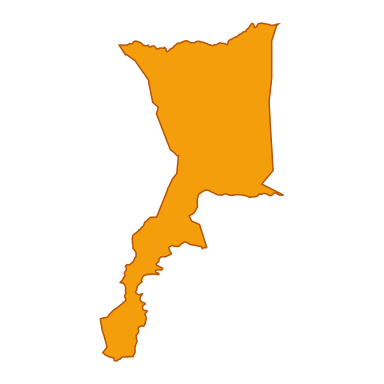 outline of San Ildefonso Sola, Oaxaca, Mexico
{"feature_id": "50627088B40141322880510", "entity_name": "San Ildefonso Sola", "entity_type": "district", "adm_level": 2, "iso_a3": "MEX", "parent_name": "Mexico", "parent_adm1": "Oaxaca", "projection": "albers", "projection_center": [-96.966, 16.576], "detail": "fine", "context": "isolated", "style": "filled", "palette": "amber", "viewbox_px": 384, "rotation_deg": 0, "n_neighbors": 0, "source": "geoboundaries", "source_scale": "gbopen_adm2", "svg_char_len": 5976}
<svg xmlns="http://www.w3.org/2000/svg" viewBox="0 0 384 384"><path d="M283.7,195.2L261.7,184.1L273.1,170.5L270.1,121.6L269.1,101.2L271.7,78.3L271.7,40.8L276.6,25.6L278.5,24.0L276.5,24.2L275.0,24.9L272.5,25.3L271.1,25.3L270.0,25.0L268.7,24.4L265.2,23.8L263.6,23.6L261.6,23.0L260.7,23.3L258.3,23.7L257.8,24.6L257.3,25.1L256.9,25.8L256.7,26.4L256.0,27.1L255.4,27.4L254.9,27.4L254.1,27.3L254.2,26.1L254.1,25.5L253.7,24.7L253.3,24.4L253.2,23.9L252.8,23.6L252.3,23.4L251.7,23.7L251.2,24.3L250.3,25.1L250.0,25.9L249.6,26.6L248.4,28.3L246.4,29.6L246.0,31.4L244.1,31.7L243.0,32.1L242.3,32.7L241.8,33.5L241.2,33.8L239.1,34.5L237.8,36.2L237.1,36.6L235.3,37.2L234.3,37.5L233.1,38.4L230.2,39.7L228.3,41.2L228.1,41.8L228.0,43.3L227.8,43.8L227.4,44.4L226.8,44.6L226.1,44.4L225.5,43.9L224.5,43.6L223.0,43.4L221.5,43.3L220.1,42.8L219.3,43.1L218.6,43.6L217.4,44.1L216.5,44.7L214.5,44.7L213.1,45.6L212.1,45.6L211.4,45.3L210.1,44.9L208.0,44.2L207.0,43.7L206.0,43.4L204.9,43.0L204.0,42.5L203.1,42.2L202.2,42.2L201.2,42.1L199.6,41.3L198.7,41.4L197.2,41.3L195.8,41.7L195.2,42.4L194.3,42.7L192.7,42.8L190.5,42.8L188.9,41.6L187.9,41.1L186.9,40.9L185.2,40.9L184.5,41.1L182.2,42.0L180.1,43.1L178.6,43.1L177.3,43.4L175.5,45.1L174.6,45.6L173.3,47.2L172.1,48.2L170.8,48.6L170.4,49.3L168.5,51.0L167.4,51.5L166.3,51.6L166.3,50.3L166.0,48.9L165.4,48.0L164.6,47.6L164.8,48.2L162.6,48.2L161.4,48.0L159.7,48.1L158.2,48.8L157.0,49.1L156.1,48.4L155.9,47.8L155.4,47.2L154.7,46.7L154.4,46.2L152.8,45.9L151.8,46.1L151.5,46.5L150.2,47.0L149.4,46.8L148.8,46.3L148.3,45.2L146.2,46.0L144.4,45.4L143.6,45.5L143.0,45.1L142.8,44.6L142.0,43.8L140.5,42.7L139.0,41.9L137.7,41.7L137.0,41.3L136.4,41.1L135.4,41.1L133.8,41.6L133.4,42.0L132.6,43.2L132.1,43.7L131.4,43.8L129.7,43.6L128.9,44.0L127.4,45.0L123.4,45.3L122.4,45.0L119.1,45.1L125.5,54.9L126.5,54.5L131.8,58.4L134.8,60.3L148.7,80.3L148.7,82.4L152.7,102.3L158.4,107.4L156.4,113.6L170.3,149.6L174.1,152.5L174.9,153.3L176.0,154.6L176.8,155.4L177.5,155.8L178.4,155.7L176.8,173.4L172.3,179.2L169.6,185.1L167.6,188.9L167.2,190.8L156.6,217.1L150.3,217.3L145.9,221.4L144.8,222.2L144.2,223.7L143.6,225.8L142.0,227.1L140.9,228.2L139.8,229.8L139.0,229.7L138.5,230.7L137.2,231.9L133.0,235.2L132.2,238.3L132.5,240.9L132.5,243.7L133.2,245.7L132.8,246.8L133.0,248.5L133.7,249.4L134.6,250.1L135.9,252.3L136.1,253.1L136.0,254.0L136.1,255.0L135.9,257.1L135.1,257.4L134.5,258.8L134.3,259.6L132.6,262.4L131.0,263.5L129.9,264.5L128.8,264.9L127.8,264.9L127.0,264.6L126.2,265.1L125.3,266.5L126.3,267.7L126.4,269.2L126.1,270.4L124.7,272.0L124.3,273.7L125.1,275.3L124.3,276.9L123.4,277.5L123.0,279.0L121.8,281.0L120.9,281.5L120.2,282.6L121.2,283.0L122.4,282.6L123.6,283.6L125.0,285.3L125.0,285.8L125.6,287.4L125.6,289.2L125.4,291.0L125.9,293.1L124.9,294.9L124.7,296.5L125.1,297.4L125.8,300.1L124.9,301.5L123.0,302.8L122.2,303.8L119.1,306.1L117.9,307.2L116.1,308.5L114.4,309.5L112.9,310.6L111.9,311.8L109.0,314.8L107.9,316.9L107.0,317.3L104.0,317.7L102.7,318.1L101.7,318.3L100.3,319.0L100.5,320.7L100.9,322.6L101.0,323.9L101.7,326.5L101.8,328.5L102.8,332.3L103.7,334.5L107.1,347.1L102.7,352.7L103.8,353.5L105.8,355.4L107.4,355.7L108.3,356.5L109.2,356.8L109.8,356.8L111.3,357.5L112.2,357.5L113.9,358.1L114.3,360.7L116.1,361.0L117.5,360.6L118.0,359.7L118.6,359.2L119.7,359.3L120.5,358.8L121.3,358.0L121.6,357.3L122.2,357.1L123.2,356.9L125.1,357.0L126.1,356.9L126.5,356.7L127.7,357.1L128.1,357.1L128.6,356.6L129.0,356.5L129.4,356.5L130.3,356.9L131.3,356.6L131.7,356.4L132.2,356.4L133.3,356.6L133.6,355.4L135.0,352.6L135.1,351.5L135.0,348.0L135.1,346.8L135.6,345.1L137.0,341.6L137.0,340.7L136.7,339.7L136.1,335.9L136.3,335.0L137.4,333.9L138.6,332.2L138.7,331.3L138.2,328.2L138.8,327.4L139.5,326.8L140.6,326.2L141.3,325.9L142.7,325.9L143.7,326.3L144.3,325.2L144.7,324.8L145.0,324.3L145.3,323.3L145.4,322.2L146.2,318.6L146.1,317.1L145.7,315.8L144.7,314.2L145.1,313.4L146.4,312.4L147.2,311.1L146.3,310.6L144.8,310.4L143.1,309.9L142.7,308.9L142.5,305.9L143.6,305.2L144.6,304.3L145.3,304.0L144.8,303.3L143.6,302.4L142.9,302.4L142.0,302.2L140.9,301.2L140.3,300.3L139.9,299.1L140.0,298.3L140.6,296.6L141.5,295.6L142.3,293.8L140.8,294.1L140.2,294.5L138.7,294.7L137.6,294.3L135.5,292.5L136.1,290.8L136.7,289.7L136.9,288.6L137.3,286.4L137.8,285.5L139.2,284.1L140.5,282.9L142.1,281.7L141.2,280.2L141.7,279.5L142.2,278.4L142.7,276.8L143.7,275.8L144.6,275.3L145.5,275.1L147.2,274.5L147.9,274.4L149.0,274.6L150.8,274.1L151.8,274.2L153.8,274.0L157.7,274.6L158.7,274.6L158.9,273.8L158.3,273.2L156.3,272.4L155.7,272.0L155.5,271.5L155.5,270.7L156.0,270.3L156.6,270.1L157.9,269.8L160.2,270.0L161.7,269.8L162.2,269.5L162.6,268.8L162.6,268.2L161.2,267.3L159.1,266.7L158.6,266.1L157.8,265.6L156.6,265.2L156.1,264.2L156.7,263.3L157.5,262.4L158.8,261.6L158.8,261.0L159.0,259.8L160.2,257.5L161.3,256.8L163.9,256.7L165.3,256.9L169.1,255.0L170.5,254.6L171.4,253.7L171.1,252.7L170.2,252.1L170.0,251.5L169.6,250.2L169.1,249.2L168.7,247.9L168.8,247.2L170.7,246.3L171.5,245.7L172.3,245.5L174.0,246.2L175.6,246.5L178.4,246.4L179.6,245.8L180.2,244.8L181.7,243.5L183.0,243.0L183.8,242.3L185.2,241.9L186.9,242.5L188.5,243.7L189.5,244.2L190.6,244.5L191.3,244.8L192.3,244.8L193.5,245.1L196.3,245.5L198.3,246.2L201.1,246.5L202.0,248.0L202.5,248.7L203.4,247.9L204.9,247.5L205.9,247.9L206.7,247.2L199.5,224.5L191.6,221.0L189.1,215.8L190.8,215.0L192.1,214.4L193.9,213.0L195.1,211.3L196.5,208.4L197.4,207.2L197.5,205.7L197.4,204.5L197.1,203.3L197.4,200.1L197.4,198.9L197.8,197.1L198.1,195.9L199.0,193.6L200.5,193.1L202.9,191.3L204.2,190.6L207.6,190.0L217.2,194.7L222.0,195.2L224.7,193.8L226.6,194.1L228.9,195.0L231.2,195.4L237.3,194.6L243.0,195.1L246.2,195.8L250.0,197.4L252.7,196.7L253.8,196.9L255.4,196.8L256.9,196.2L257.6,195.7L258.4,195.3L259.0,194.1L259.6,193.8L261.0,194.5L263.6,193.4L264.7,193.5L267.3,194.1L269.0,195.3L270.2,195.7L271.4,195.3L272.5,194.7L273.8,193.3L275.0,192.8L276.0,193.0L276.9,193.6L277.5,194.2L278.9,194.8L279.4,195.0L280.2,195.2L282.4,195.0L283.7,195.2Z" fill="#f59e0b" stroke="#b45309" stroke-width="1.5"/></svg>